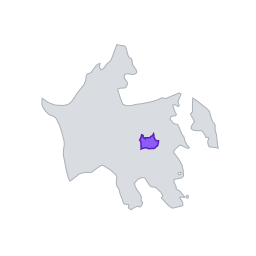 where Tərtər sits in Azerbaijan, rotated 204°
{"feature_id": "AZE-1738", "entity_name": "Tərtər", "entity_type": "District", "adm_level": 1, "iso_a3": "AZE", "parent_name": "Azerbaijan", "parent_adm1": "", "projection": "albers", "projection_center": [46.821, 40.256], "detail": "fine", "context": "in_parent", "style": "filled", "palette": "violet", "viewbox_px": 256, "rotation_deg": 204, "n_neighbors": 0, "source": "natural_earth", "source_scale": "10m", "svg_char_len": 3983}
<svg xmlns="http://www.w3.org/2000/svg" viewBox="0 0 256 256"><g transform="rotate(204 128 128)"><path d="M172.1,199.8L171.1,199.8L164.4,201.5L163.0,201.0L157.0,193.8L155.8,193.0L153.3,192.7L151.8,191.5L150.6,189.5L149.9,188.0L143.8,184.1L142.9,182.7L142.8,181.4L143.7,180.2L144.7,179.2L147.6,178.2L150.9,177.2L152.0,176.6L152.6,175.5L152.5,173.8L151.9,172.2L147.0,169.2L146.4,167.9L146.3,166.2L146.5,164.5L147.3,163.2L151.2,161.3L153.3,159.4L151.9,157.4L147.6,152.7L142.5,147.6L139.1,147.6L135.2,149.1L129.0,153.7L125.6,155.6L121.1,158.8L116.2,162.3L112.2,166.0L109.7,169.1L105.3,170.5L103.0,173.0L95.5,180.8L93.3,180.7L93.2,176.8L93.3,173.8L92.9,172.0L90.5,169.6L90.4,168.6L91.1,167.9L93.0,168.3L95.3,168.2L96.5,167.3L93.9,164.1L91.7,162.0L89.8,160.5L89.3,159.7L89.3,159.1L89.7,158.4L93.0,156.6L93.4,155.0L93.2,153.2L88.0,150.6L84.1,151.5L80.6,148.5L78.4,146.2L75.6,143.8L73.1,142.4L70.8,139.3L66.6,136.1L64.0,135.1L64.0,134.6L64.5,134.1L65.7,133.6L73.0,133.8L73.9,133.2L74.4,131.9L75.4,129.9L76.6,126.9L76.6,124.4L69.2,120.3L63.9,116.5L60.3,111.6L57.9,107.1L58.0,105.6L58.7,104.2L64.5,100.1L64.9,99.1L64.8,98.4L62.8,96.2L60.2,94.0L59.5,92.4L57.9,91.6L54.8,91.5L49.5,88.7L48.4,88.4L48.2,87.9L48.4,87.3L52.3,86.3L52.2,85.4L51.1,84.3L49.0,83.4L47.0,81.2L46.4,79.3L53.4,73.8L55.4,72.7L59.9,73.8L69.1,77.7L68.5,79.7L69.4,80.9L71.5,82.5L75.6,84.1L79.1,85.0L80.8,84.3L83.5,83.7L87.0,85.6L90.2,87.9L91.8,88.9L92.6,89.2L95.1,88.4L98.0,85.4L99.2,81.8L99.5,80.0L97.8,77.6L94.3,75.0L90.4,72.7L87.9,70.6L86.3,66.6L84.7,66.2L84.3,65.7L84.0,64.3L84.1,62.4L84.7,60.9L86.3,60.3L87.9,60.1L89.3,58.7L91.1,56.0L91.9,54.5L95.3,55.3L95.7,57.8L96.3,58.3L97.8,58.0L100.1,57.0L102.0,57.8L104.4,60.7L107.7,63.8L109.5,65.9L110.2,67.3L111.9,68.7L114.4,70.3L116.4,72.9L118.2,78.8L120.0,80.2L126.5,82.4L128.7,82.8L135.1,83.6L137.3,83.0L140.5,77.8L143.4,72.5L146.1,71.4L151.0,68.7L153.9,66.3L155.1,63.7L157.8,58.7L159.4,55.9L162.4,58.3L167.5,64.8L175.0,75.5L176.8,78.5L178.1,82.0L179.2,86.3L181.0,90.0L188.6,99.4L191.9,102.8L197.2,107.2L199.1,108.2L201.6,108.4L206.0,108.2L210.2,109.9L212.3,111.1L214.5,112.8L216.4,114.8L218.6,120.3L211.3,118.8L204.1,119.3L200.0,120.7L196.1,122.4L192.4,124.9L190.2,129.5L188.4,140.0L185.8,149.9L186.0,154.4L187.4,158.7L187.3,160.8L186.0,161.7L184.4,163.6L182.3,172.6L181.2,174.4L179.8,175.6L179.4,174.5L179.4,172.2L176.1,170.2L174.5,172.6L173.5,177.5L171.2,182.8L171.1,183.8L172.1,199.8ZM63.5,108.1L63.8,106.7L62.9,106.1L62.0,106.0L61.2,106.7L61.1,108.5L62.3,108.8L63.5,108.1ZM39.0,148.5L37.9,147.0L37.4,146.2L40.7,145.6L46.1,143.8L47.5,144.8L49.0,146.8L49.8,148.5L49.9,151.6L50.5,152.1L53.1,151.1L54.3,152.4L56.2,153.9L59.7,155.5L64.8,153.2L67.3,152.6L69.3,152.7L70.4,153.5L70.8,155.9L70.3,158.9L69.7,160.5L70.8,161.7L74.9,164.7L76.6,166.3L75.7,169.1L78.8,175.9L79.8,178.5L81.0,181.8L74.6,180.5L63.3,177.6L60.1,176.1L57.2,172.3L55.5,170.4L52.9,168.0L50.8,167.1L49.2,165.5L48.3,163.0L47.0,160.8L44.7,158.2L39.6,149.4L39.0,148.5ZM46.9,90.4L46.2,90.9L45.1,90.4L44.8,89.3L44.9,88.2L46.0,87.9L46.8,88.3L47.1,89.3L46.9,90.4Z" fill="#d9dde1" stroke="#a8b0b8" stroke-width="1"/><path d="M112.8,127.4L112.3,127.5L112.2,127.5L111.9,127.5L111.0,127.2L110.7,126.2L110.1,125.4L109.4,125.7L108.6,125.5L108.2,125.2L107.8,125.1L107.6,125.6L107.8,126.3L105.7,127.3L104.5,127.8L104.3,127.9L104.0,128.1L103.8,129.5L102.9,130.4L102.4,131.5L102.3,133.1L101.5,132.2L101.4,131.8L101.1,131.2L100.7,130.4L99.9,129.7L98.3,128.2L96.3,128.0L95.6,128.6L94.9,128.8L94.5,127.6L94.2,126.2L93.8,124.7L94.0,123.2L94.3,122.9L94.6,122.6L94.9,121.9L95.0,121.2L95.2,120.9L95.6,120.3L96.1,119.7L96.3,119.7L96.7,119.5L97.9,119.0L99.4,118.1L101.0,117.4L102.0,117.4L103.4,117.4L103.8,117.2L104.1,117.0L104.8,116.5L105.4,116.0L106.0,115.6L106.8,114.9L107.5,114.1L107.8,114.8L107.9,115.5L108.4,116.2L109.0,116.9L109.2,117.9L109.4,118.8L109.8,119.3L110.2,119.6L110.8,120.6L111.6,121.3L112.5,121.7L112.4,122.9L112.4,124.3L112.4,125.8L112.7,126.6L112.8,127.4Z" fill="#8b5cf6" stroke="#5b21b6" stroke-width="1.5"/></g></svg>